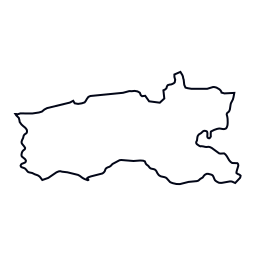 map outline of Limerick (Equal Earth projection)
{"feature_id": "IRL-726", "entity_name": "Limerick", "entity_type": "County", "adm_level": 1, "iso_a3": "IRL", "parent_name": "Ireland", "parent_adm1": "", "projection": "equal_earth", "projection_center": [-8.682, 52.516], "detail": "fine", "context": "isolated", "style": "outline", "palette": "ink", "viewbox_px": 256, "rotation_deg": 0, "n_neighbors": 0, "source": "natural_earth", "source_scale": "10m", "svg_char_len": 3640}
<svg xmlns="http://www.w3.org/2000/svg" viewBox="0 0 256 256"><path d="M15.4,114.0L16.1,114.0L17.6,114.3L20.3,113.4L32.2,113.5L38.9,112.5L41.9,111.6L44.4,109.5L47.1,108.1L69.8,102.6L73.2,100.8L74.7,103.3L78.1,103.9L81.9,103.3L84.6,102.4L85.7,101.0L86.9,98.9L88.4,96.9L90.4,96.0L123.0,92.8L129.3,91.1L131.6,91.2L131.8,91.2L134.6,90.9L137.5,91.4L139.8,92.7L140.8,95.2L142.1,96.2L145.2,95.8L149.1,101.3L159.8,102.7L164.3,98.5L163.4,90.3L165.3,89.4L166.5,88.1L166.9,86.5L167.7,85.2L169.5,84.6L170.9,84.5L172.3,84.0L173.7,83.3L174.7,82.4L175.2,79.8L174.4,76.9L174.4,74.5L180.4,71.9L182.3,75.0L182.9,76.5L183.3,78.7L183.6,79.4L183.7,79.9L184.2,84.4L184.4,85.2L185.5,87.6L187.7,88.2L191.4,88.8L207.2,88.8L213.1,87.0L214.6,87.1L216.5,87.6L219.4,89.3L220.6,90.5L221.3,91.7L221.5,92.6L224.5,93.4L234.3,92.9L233.5,97.2L232.9,99.4L230.9,103.3L230.6,104.6L229.9,109.3L229.4,110.7L228.8,111.7L227.4,112.8L226.9,113.5L226.7,114.5L227.3,116.8L227.6,118.9L227.7,122.4L227.6,124.2L227.4,125.6L226.8,127.3L226.4,127.9L226.2,128.3L225.8,128.5L225.4,128.7L224.6,129.0L223.6,129.1L222.5,129.0L220.4,128.6L219.2,128.5L217.1,128.9L214.2,129.9L211.2,131.4L210.9,131.6L210.7,133.7L210.8,136.5L210.1,137.7L209.2,138.3L208.3,138.1L207.6,137.5L207.3,136.6L207.4,134.1L207.4,133.0L207.2,132.3L207.1,131.8L206.9,131.5L206.5,131.2L205.7,131.0L204.8,130.8L203.9,130.9L203.2,131.2L202.8,131.5L201.1,133.1L198.8,134.5L198.3,135.2L197.8,135.9L197.5,136.7L197.3,137.8L197.0,140.4L196.2,142.1L196.2,143.0L196.8,144.1L198.9,145.6L199.8,146.1L200.5,146.3L200.6,146.2L201.4,146.2L203.1,146.4L205.3,146.9L206.5,147.0L208.7,146.8L210.2,147.2L211.8,148.0L219.2,153.4L220.6,153.6L224.1,153.4L225.4,154.4L226.8,156.2L229.2,160.3L230.7,162.0L232.2,163.0L237.4,163.2L238.1,164.1L238.3,165.7L236.6,171.4L236.4,172.9L237.3,173.7L238.2,174.2L239.3,174.6L240.0,175.1L240.6,175.7L240.4,176.9L240.0,177.9L235.2,183.0L232.5,181.8L231.7,181.5L230.0,181.4L221.6,182.9L220.3,182.9L218.8,182.7L216.9,181.7L215.7,180.9L214.9,180.1L214.5,179.3L213.5,176.9L213.1,176.1L212.7,175.5L211.9,174.9L210.8,174.5L208.0,173.8L206.5,173.9L204.7,174.9L203.8,175.9L203.2,176.8L202.7,177.5L200.3,178.9L198.4,180.6L196.9,181.1L188.6,181.9L179.9,184.1L176.4,184.0L172.9,183.2L171.2,182.6L170.0,182.0L166.6,178.2L165.9,177.7L164.7,177.2L161.0,176.4L159.8,175.8L158.9,175.2L158.4,174.6L157.4,173.2L156.6,171.6L156.2,170.9L155.6,170.2L154.9,169.6L153.9,169.2L151.1,168.6L150.3,168.2L149.6,167.6L148.4,166.0L147.8,165.5L147.1,165.0L146.5,164.5L145.9,163.8L145.5,163.0L144.9,161.4L143.2,160.7L140.3,160.5L133.5,161.0L121.3,160.0L119.6,160.2L112.5,164.0L110.7,165.9L110.0,166.4L109.1,166.9L108.1,167.2L106.5,168.0L105.9,168.6L105.4,169.3L105.1,170.2L104.8,171.1L104.3,171.8L103.7,172.5L103.1,173.0L102.3,173.5L90.9,176.4L88.3,177.3L87.2,178.2L87.6,178.9L88.3,179.5L88.3,180.0L87.8,180.2L84.5,179.0L82.5,177.9L79.7,175.8L78.0,174.9L67.4,172.3L62.2,171.7L60.2,171.2L58.7,171.4L56.5,172.3L48.3,177.9L42.3,180.0L40.1,177.1L39.5,176.5L38.5,175.8L37.7,175.3L34.8,174.3L32.2,173.0L28.9,172.3L28.0,171.9L27.4,171.3L26.4,170.0L25.2,168.7L24.4,168.2L21.4,167.1L20.9,166.5L20.6,165.7L21.1,164.5L21.9,163.8L24.7,162.7L25.4,162.2L25.8,161.4L25.9,160.5L25.1,159.2L24.3,158.5L22.2,156.8L21.8,156.4L21.5,155.4L21.5,154.4L21.9,152.6L22.4,151.5L23.1,150.6L23.8,150.0L24.5,149.5L25.0,148.8L25.1,147.9L24.3,146.6L23.6,145.7L23.0,145.0L22.0,143.7L21.6,142.8L21.6,141.6L22.2,139.8L22.8,138.7L23.2,137.7L23.6,135.9L24.0,135.2L24.5,134.5L25.2,134.0L26.0,133.5L26.7,132.8L27.0,131.8L26.9,130.1L26.2,128.9L25.2,127.7L23.0,125.9L21.4,124.4L19.7,122.0L19.4,120.1L18.8,117.9L16.3,115.4L15.4,114.0Z" fill="none" stroke="#020617" stroke-width="2"/></svg>